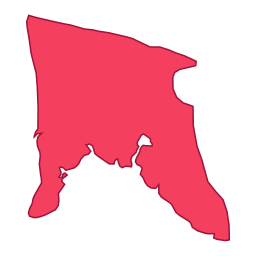 Ngerkesowaol, Palau
{"feature_id": "81905179B86075584623295", "entity_name": "Ngerkesowaol", "entity_type": "district", "adm_level": 2, "iso_a3": "PLW", "parent_name": "Palau", "parent_adm1": "", "projection": "albers", "projection_center": [134.492, 7.341], "detail": "fine", "context": "isolated", "style": "filled", "palette": "rose", "viewbox_px": 256, "rotation_deg": 0, "n_neighbors": 0, "source": "geoboundaries", "source_scale": "gbopen_adm2", "svg_char_len": 2130}
<svg xmlns="http://www.w3.org/2000/svg" viewBox="0 0 256 256"><path d="M28.7,15.4L26.7,21.8L27.4,28.6L29.2,39.2L31.2,53.8L36.2,73.3L37.3,87.2L38.1,107.5L37.9,129.0L35.7,131.9L34.2,136.4L34.2,137.0L37.0,133.9L41.7,133.3L38.1,136.6L37.0,140.9L37.5,146.2L40.0,152.6L40.2,156.6L39.3,163.8L40.6,174.3L41.4,179.2L41.5,183.0L34.7,195.0L33.1,198.6L32.2,203.4L29.5,209.0L28.5,213.0L29.5,216.1L33.6,217.6L37.0,217.5L41.2,216.4L45.5,214.8L55.5,209.7L58.2,205.6L58.9,200.4L58.4,193.5L64.7,184.4L61.9,181.7L62.1,179.1L67.2,175.1L65.3,173.2L64.1,173.2L62.6,174.4L62.3,176.9L60.2,177.6L58.8,177.0L60.6,174.7L61.0,172.0L59.9,169.5L59.5,167.3L60.5,167.0L62.3,167.5L63.7,168.0L64.9,169.4L65.8,170.3L74.2,167.9L76.3,166.3L78.6,163.9L80.8,159.3L84.2,155.4L88.3,154.3L90.8,151.2L88.3,147.8L86.1,144.9L89.5,144.0L92.7,146.1L95.0,153.8L99.3,157.1L109.3,163.9L114.0,164.0L114.9,160.5L117.6,158.8L118.5,162.8L119.9,166.1L122.1,167.7L125.6,166.2L131.5,166.8L131.8,163.9L130.8,159.9L131.7,156.8L136.0,152.4L136.5,151.5L136.9,149.9L137.9,147.9L138.8,146.3L137.4,144.9L137.1,142.6L138.2,140.7L139.0,139.2L140.6,136.3L142.5,134.3L143.3,133.9L145.5,135.3L147.9,137.0L150.3,138.6L150.5,141.7L152.2,144.0L152.1,146.0L145.5,145.7L143.2,145.3L142.0,146.2L140.1,149.3L139.9,151.5L136.2,158.5L135.4,161.8L137.2,164.6L140.1,165.8L142.2,168.2L140.3,174.3L143.2,177.9L145.2,182.6L147.5,185.6L150.7,187.8L155.6,188.4L158.8,184.8L158.8,190.7L158.8,193.4L161.5,197.2L169.6,202.6L171.6,204.4L175.9,212.3L179.6,215.4L188.3,220.8L190.6,222.7L192.3,227.2L197.4,230.7L204.3,233.0L207.7,233.7L214.3,233.7L213.8,238.1L217.4,239.4L220.9,239.9L225.5,240.6L229.3,239.9L229.3,238.1L229.0,225.0L227.0,211.6L223.1,199.8L216.0,191.9L207.9,181.8L201.9,160.0L197.1,146.5L195.5,138.1L193.3,125.6L193.0,106.3L183.1,102.9L176.7,97.4L173.0,88.9L172.8,77.2L173.2,76.2L174.7,72.4L177.1,71.0L179.7,69.4L191.3,66.7L195.7,65.6L196.2,61.3L184.9,56.0L175.2,52.7L169.8,50.3L159.8,47.0L150.0,47.0L132.5,38.6L127.1,37.0L120.5,35.5L109.9,33.0L105.1,32.2L98.3,31.2L93.1,29.9L84.3,29.0L70.8,25.1L62.4,23.5L50.7,20.9L40.9,18.6L37.5,17.9L28.7,15.4Z" fill="#f43f5e" stroke="#9f1239" stroke-width="1.5"/></svg>